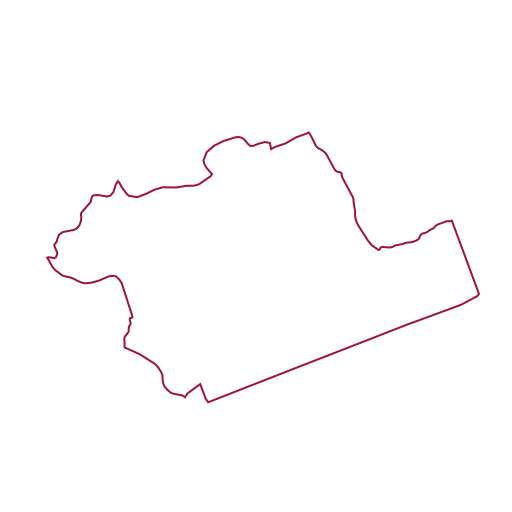 the border of Plateaux, rotated 69°
{"feature_id": "TGO-86", "entity_name": "Plateaux", "entity_type": "Region", "adm_level": 1, "iso_a3": "TGO", "parent_name": "Togo", "parent_adm1": "", "projection": "albers", "projection_center": [0.996, 7.453], "detail": "fine", "context": "isolated", "style": "outline", "palette": "rose", "viewbox_px": 512, "rotation_deg": 69, "n_neighbors": 0, "source": "natural_earth", "source_scale": "10m", "svg_char_len": 2707}
<svg xmlns="http://www.w3.org/2000/svg" viewBox="0 0 512 512"><g transform="rotate(69 256 256)"><path d="M161.6,203.6L161.0,199.4L161.5,188.3L159.6,176.1L159.8,163.4L159.6,162.4L163.9,161.6L174.5,160.6L177.7,159.3L178.9,158.1L180.5,156.8L183.8,154.7L185.8,153.9L202.6,151.7L204.8,151.1L205.6,150.6L206.4,149.9L208.6,146.8L209.6,146.5L210.6,146.7L211.7,147.2L214.7,147.2L234.9,144.6L237.9,144.6L240.3,145.5L249.2,147.3L250.9,147.9L253.1,148.8L256.2,149.6L259.6,149.9L263.4,149.7L281.2,146.1L287.5,144.1L293.9,139.7L294.1,139.4L294.3,139.1L294.4,138.5L293.3,137.2L292.8,136.4L292.7,135.3L293.0,134.4L295.9,128.4L296.2,127.3L296.4,126.1L296.2,120.9L297.2,116.1L297.4,112.0L297.8,109.5L298.8,106.1L299.0,104.8L299.0,100.7L298.8,99.4L298.5,98.3L298.0,97.4L296.4,96.0L295.7,95.2L295.2,94.3L294.8,93.3L294.7,92.2L295.1,88.6L294.9,87.5L294.3,85.2L294.0,84.0L293.8,81.4L293.6,80.2L292.2,77.3L291.9,76.1L291.7,74.8L291.9,65.7L292.1,64.6L293.0,62.8L293.1,61.8L293.1,60.5L370.4,61.4L371.7,61.8L372.7,63.8L375.0,82.0L374.7,106.4L374.2,140.3L374.4,174.0L374.6,216.1L374.6,219.9L374.7,238.2L374.8,259.1L375.0,290.8L375.2,321.7L375.4,353.0L371.6,354.1L355.6,354.0L359.7,369.1L362.1,372.6L362.4,372.9L361.5,373.4L359.6,375.0L355.3,381.9L354.0,383.6L352.7,384.8L348.9,386.8L345.3,388.1L344.0,388.3L341.4,388.2L338.8,387.7L334.1,386.2L332.1,386.0L329.6,386.3L324.8,387.3L320.7,388.9L306.1,399.7L294.2,411.5L292.4,410.7L285.7,408.4L284.8,407.8L284.1,407.1L281.6,402.8L281.3,402.4L280.8,402.0L279.5,401.4L278.4,401.0L277.4,400.5L276.5,399.9L275.8,399.2L275.3,398.3L274.6,397.5L273.6,397.1L269.9,396.6L269.1,396.1L268.7,395.4L269.2,393.9L268.8,393.3L267.8,393.0L233.3,391.1L229.3,392.0L227.2,392.8L225.2,393.9L224.2,394.9L223.4,396.3L222.6,398.8L222.3,401.4L222.7,411.5L221.8,419.7L220.5,424.5L219.5,426.6L218.5,428.1L217.0,429.8L210.8,435.5L208.8,438.0L206.6,441.5L205.3,443.2L204.5,443.9L197.1,448.6L193.6,449.9L185.2,451.1L182.7,451.5L182.8,450.2L184.1,447.5L185.6,445.5L185.7,443.5L183.0,440.8L181.1,440.4L175.2,440.6L173.2,440.4L171.3,437.1L168.4,434.9L165.6,432.3L164.4,427.9L166.3,417.1L166.1,413.7L164.3,410.2L161.2,407.3L157.5,405.3L153.9,404.5L152.5,402.6L146.4,391.2L143.8,389.2L141.8,388.0L141.1,386.0L142.5,381.5L147.0,374.0L147.5,370.4L145.0,365.9L139.0,361.3L136.6,358.0L139.7,357.1L142.8,356.8L151.7,354.5L154.4,353.0L158.5,345.7L158.6,336.4L157.7,326.9L158.4,318.5L163.5,305.8L165.5,295.9L168.3,288.1L168.6,283.5L165.2,269.6L163.8,267.7L156.0,270.6L151.9,271.3L148.0,270.8L141.4,264.9L138.0,255.5L137.0,245.0L137.8,232.7L138.5,230.1L139.8,227.8L142.0,225.7L144.8,224.5L148.1,223.5L151.0,222.1L152.2,219.2L152.1,213.4L152.8,206.8L155.5,202.5L161.6,203.6Z" fill="none" stroke="#9f1239" stroke-width="2"/></g></svg>